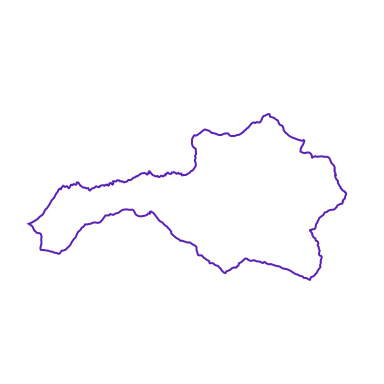 Uramita, Antioquia, Colombia (Albers equal-area conic projection), rotated 195°
{"feature_id": "7082276B6364248933950", "entity_name": "Uramita", "entity_type": "district", "adm_level": 2, "iso_a3": "COL", "parent_name": "Colombia", "parent_adm1": "Antioquia", "projection": "albers", "projection_center": [-76.11, 6.912], "detail": "fine", "context": "isolated", "style": "outline", "palette": "violet", "viewbox_px": 384, "rotation_deg": 195, "n_neighbors": 0, "source": "geoboundaries", "source_scale": "gbopen_adm2", "svg_char_len": 6021}
<svg xmlns="http://www.w3.org/2000/svg" viewBox="0 0 384 384"><g transform="rotate(195 192 192)"><path d="M341.5,119.0L339.0,118.3L337.2,117.4L334.4,114.1L333.8,113.6L333.0,113.5L332.0,112.7L331.0,112.4L328.2,112.7L327.5,112.4L326.8,111.9L325.5,109.3L325.6,108.0L324.1,103.4L324.0,98.7L323.5,97.6L323.0,97.0L319.6,97.6L315.3,98.1L313.1,97.9L311.3,98.2L310.0,97.8L306.4,98.0L304.5,97.8L303.8,98.6L302.7,101.6L300.9,102.3L299.1,103.7L296.5,108.0L295.6,110.1L295.1,112.7L293.9,116.0L292.6,118.2L292.3,121.1L291.7,123.9L290.0,126.4L289.3,128.9L287.7,130.5L286.8,133.1L284.8,133.6L281.7,135.1L279.3,137.0L277.5,137.6L274.8,137.8L272.8,139.1L272.4,139.7L272.3,140.3L271.5,141.4L270.9,143.4L269.5,146.9L266.0,148.0L265.7,149.0L265.3,149.5L262.2,149.5L259.9,151.7L258.3,152.5L257.5,153.1L255.4,155.8L253.9,157.1L250.7,158.3L247.7,158.6L245.0,159.5L244.2,159.3L243.2,158.7L240.9,156.1L240.0,155.5L237.5,154.9L235.5,155.1L231.8,156.7L230.0,157.9L229.3,158.7L228.9,159.9L227.5,160.0L227.1,160.3L227.0,160.8L227.5,161.9L226.5,162.6L223.4,161.5L216.1,155.8L212.3,154.7L210.3,153.2L207.5,152.2L202.5,149.0L201.9,148.2L201.2,146.5L196.8,144.2L194.8,143.4L192.4,142.9L190.8,141.9L190.1,141.9L189.4,142.4L183.4,142.0L180.9,142.8L180.0,142.3L177.8,141.6L174.9,140.9L173.8,140.3L173.4,139.8L172.6,137.2L169.9,132.8L168.9,132.6L166.1,133.3L165.3,132.6L164.7,132.4L163.9,131.6L163.1,131.5L159.9,130.2L157.8,129.8L157.3,129.4L156.7,127.9L156.3,127.7L154.0,128.6L152.6,128.4L150.9,127.4L147.5,127.3L146.3,126.3L144.5,125.4L143.3,124.1L140.8,122.6L139.2,122.2L138.6,122.5L138.3,124.1L135.1,126.5L133.6,128.9L132.4,129.5L131.6,130.2L130.0,130.2L129.4,130.9L129.2,131.9L128.3,132.7L128.0,133.3L128.3,134.6L128.2,135.3L126.5,136.7L123.4,141.4L122.6,141.8L121.8,141.8L120.1,141.0L118.1,140.7L117.1,140.8L114.3,142.2L111.7,141.8L108.4,142.3L105.6,141.7L105.1,141.8L104.1,143.1L103.7,143.2L101.4,142.2L99.7,142.1L98.6,142.2L97.3,142.8L91.2,142.4L88.7,142.7L87.6,142.6L84.8,141.7L80.3,142.0L77.4,141.6L71.0,139.6L67.9,139.5L66.4,138.9L64.7,139.1L63.1,138.9L61.9,138.0L59.0,138.4L57.7,138.2L57.1,137.7L55.2,137.8L55.2,140.0L54.6,140.9L53.1,141.8L52.2,142.9L51.3,145.1L50.6,146.1L50.2,148.6L48.6,152.5L48.7,153.2L49.3,154.2L49.2,156.6L49.9,158.9L49.8,162.7L50.8,163.7L51.9,163.6L52.7,164.0L53.2,164.6L53.5,166.5L53.5,168.4L54.7,169.9L55.5,171.8L56.8,172.9L56.6,174.8L57.4,176.4L58.3,176.9L59.7,177.0L60.3,177.7L60.7,179.0L62.8,179.7L64.7,181.6L65.1,183.1L68.0,185.2L68.1,185.8L66.9,186.2L66.3,187.1L64.4,187.7L63.8,188.4L63.5,189.6L63.8,193.1L62.9,195.2L63.1,196.2L62.5,198.1L62.4,199.8L59.2,203.9L58.5,206.6L56.7,207.5L56.2,208.4L54.3,210.2L50.2,211.9L49.3,213.2L49.0,214.1L48.5,214.5L48.1,216.6L45.9,218.6L43.9,219.7L43.8,220.2L44.0,221.3L43.5,221.9L44.0,222.4L43.9,223.4L42.6,225.4L42.9,227.2L42.5,229.6L42.8,230.5L43.4,231.3L44.0,231.2L45.5,232.3L47.0,232.5L48.2,233.6L49.3,234.0L49.7,235.2L51.0,236.1L53.3,238.4L53.6,239.1L53.6,240.0L56.7,242.5L57.2,243.5L57.7,244.1L57.8,244.5L57.3,245.3L57.6,245.8L58.3,245.8L58.3,247.4L59.9,249.1L59.8,250.5L60.4,251.2L60.4,252.3L60.8,253.1L62.2,254.6L64.8,256.1L67.7,259.8L68.7,260.7L70.3,261.0L74.2,260.1L75.9,260.1L79.9,258.5L82.4,258.4L84.8,256.3L85.1,256.5L85.8,258.4L87.1,259.7L88.9,260.4L89.9,260.3L91.5,259.7L93.5,258.6L96.7,258.8L97.7,259.3L98.1,261.4L98.1,263.0L97.3,265.4L96.8,268.0L96.7,270.5L97.1,270.9L97.7,271.0L99.3,269.8L100.5,270.0L102.1,269.9L110.1,270.7L113.3,271.6L115.0,272.7L117.4,273.6L119.6,275.7L120.7,278.1L121.8,279.2L124.9,279.8L126.0,281.0L127.4,283.2L130.2,284.0L131.4,284.7L136.2,285.1L137.0,287.0L138.7,287.0L140.4,285.3L142.6,283.8L143.2,282.1L143.7,278.3L144.6,276.6L147.6,276.2L148.7,275.1L149.3,275.0L149.7,275.3L151.0,274.9L152.4,273.2L154.5,268.5L155.7,267.4L156.1,266.1L157.7,264.2L157.6,263.6L161.0,259.7L163.9,258.3L165.1,257.3L168.2,256.3L170.1,256.3L172.2,257.9L174.7,257.3L176.7,256.2L178.3,254.7L180.6,254.1L181.9,254.0L183.8,254.5L185.7,254.3L186.6,254.5L188.3,254.2L191.3,255.6L195.9,255.7L198.3,252.9L199.1,251.4L202.2,247.9L202.7,247.5L204.1,247.5L204.7,247.1L205.7,242.9L205.0,241.0L204.8,239.4L204.4,238.2L203.0,236.3L201.8,235.5L199.7,234.8L197.9,229.8L198.4,227.5L197.3,225.9L197.5,223.3L195.6,220.3L195.2,218.7L195.2,217.7L195.9,215.6L197.0,212.9L198.3,212.0L199.2,210.1L202.4,206.8L204.6,206.3L205.4,205.6L205.9,205.5L206.3,205.7L207.0,207.0L208.9,206.2L210.2,206.9L211.6,205.6L212.1,205.7L212.6,206.1L214.7,206.5L215.5,205.9L216.4,205.8L216.5,204.6L217.8,203.7L218.6,203.7L219.9,204.4L220.8,204.3L221.1,203.2L222.3,202.5L221.9,201.6L222.0,201.2L223.7,200.4L223.9,199.7L224.2,199.5L226.0,199.8L227.2,198.2L228.3,197.8L229.5,198.5L231.0,197.7L234.1,198.2L235.0,198.5L236.1,199.5L237.0,199.6L237.8,200.8L238.7,200.9L239.0,199.8L238.7,199.4L239.1,199.0L238.8,198.6L239.3,198.2L239.6,197.4L240.5,197.3L241.6,198.0L242.8,198.1L245.9,196.7L248.5,193.5L250.0,192.7L250.4,191.6L252.1,190.8L253.6,188.5L254.4,187.7L256.6,187.2L257.0,186.1L258.4,184.6L260.5,183.7L261.5,184.3L262.4,184.2L262.8,183.8L263.8,184.0L264.5,183.7L265.6,184.3L266.9,184.1L267.7,183.4L268.0,182.7L268.3,182.4L269.8,182.3L270.2,181.8L270.9,181.8L270.3,179.9L270.3,179.0L270.7,178.6L271.3,178.8L272.8,179.8L274.0,178.8L273.8,177.3L274.4,176.6L275.6,176.6L275.5,177.0L275.8,177.2L277.1,176.7L277.6,176.1L278.0,175.9L278.3,175.3L279.2,175.6L280.9,175.1L282.5,173.9L282.7,172.9L283.2,172.5L286.1,172.7L287.2,171.1L288.1,170.2L289.2,169.7L290.1,168.6L291.0,167.0L291.7,167.2L293.4,168.9L294.8,168.2L296.2,168.5L297.9,168.2L299.0,168.3L299.8,168.8L301.5,169.3L304.1,171.6L304.9,171.7L305.8,171.3L305.6,169.9L305.9,169.1L306.5,168.9L308.2,169.1L308.7,168.6L309.0,167.9L309.5,167.7L310.4,167.8L310.9,167.4L311.3,164.9L311.9,163.8L312.3,163.8L313.5,164.8L314.4,165.2L316.1,164.0L317.9,164.7L319.4,162.0L319.2,161.1L319.4,160.8L320.1,160.6L320.8,160.8L321.6,159.5L321.7,157.8L322.8,155.3L323.6,151.2L325.5,147.3L326.5,142.9L327.9,138.8L329.0,137.3L329.4,135.9L329.8,133.2L330.7,130.9L331.7,130.0L333.3,127.7L334.3,125.7L338.4,121.4L341.5,119.0Z" fill="none" stroke="#5b21b6" stroke-width="2"/></g></svg>